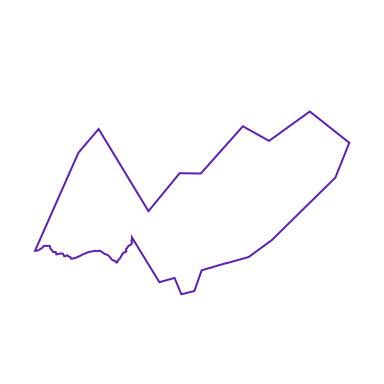 the district of Unggai/Benna District, Eastern Highlands, Papua New Guinea, rotated 29°
{"feature_id": "67681753B48115822979868", "entity_name": "Unggai/Benna District", "entity_type": "district", "adm_level": 2, "iso_a3": "PNG", "parent_name": "Papua New Guinea", "parent_adm1": "Eastern Highlands", "projection": "natural_earth1", "projection_center": [145.385, -6.1], "detail": "fine", "context": "isolated", "style": "outline", "palette": "violet", "viewbox_px": 384, "rotation_deg": 29, "n_neighbors": 0, "source": "geoboundaries", "source_scale": "gbopen_adm2", "svg_char_len": 1274}
<svg xmlns="http://www.w3.org/2000/svg" viewBox="0 0 384 384"><g transform="rotate(29 192 192)"><path d="M83.2,319.5L84.7,318.6L85.5,317.8L86.4,316.4L87.3,315.0L88.1,313.2L88.6,311.0L89.3,310.5L91.5,309.4L93.6,308.1L95.6,310.1L97.4,310.7L99.6,311.8L101.9,310.6L103.7,312.3L105.1,311.1L107.1,309.2L108.5,308.9L109.2,308.6L111.4,310.2L112.8,309.0L113.5,307.8L115.0,308.2L117.1,307.9L118.5,308.9L120.3,307.9L121.0,306.8L122.4,305.8L123.4,304.3L125.5,301.6L126.6,299.7L128.2,297.7L129.5,296.1L131.2,294.1L133.4,292.5L135.6,290.5L137.4,289.9L139.5,288.2L142.1,288.0L144.3,288.4L145.9,288.5L148.3,288.0L150.9,288.4L152.5,289.1L154.8,290.0L156.6,290.0L157.7,289.5L160.1,290.4L160.5,289.8L160.2,289.1L160.7,287.9L160.5,286.5L161.3,284.3L161.1,282.6L161.1,281.3L161.2,280.2L161.5,278.4L162.1,277.4L163.0,276.9L163.3,275.8L162.7,275.2L162.7,274.7L161.9,273.8L162.4,272.7L162.4,271.0L162.7,269.6L164.0,268.0L164.2,265.2L162.6,264.0L162.3,262.1L161.6,260.9L207.2,286.7L218.4,275.6L232.2,286.6L242.1,277.5L238.4,255.8L256.2,237.8L256.4,237.9L273.1,221.4L285.1,195.4L310.4,109.9L305.7,72.7L256.0,64.5L234.6,109.9L204.6,109.9L196.0,148.2L190.7,171.6L172.1,181.5L163.2,229.9L115.2,202.4L79.8,182.2L73.6,212.7L82.6,312.9L83.2,319.5Z" fill="none" stroke="#5b21b6" stroke-width="2"/></g></svg>